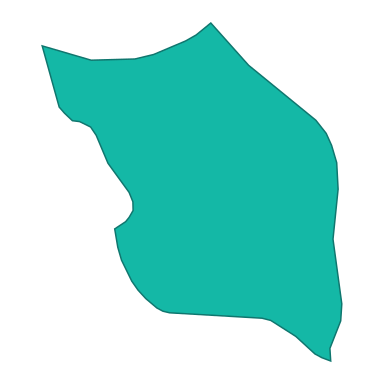 an SVG outline of Vĩnh Phúc
{"feature_id": "VNM-464", "entity_name": "Vĩnh Phúc", "entity_type": "Province", "adm_level": 1, "iso_a3": "VNM", "parent_name": "Vietnam", "parent_adm1": "", "projection": "natural_earth1", "projection_center": [105.546, 21.324], "detail": "fine", "context": "isolated", "style": "filled", "palette": "teal", "viewbox_px": 384, "rotation_deg": 0, "n_neighbors": 0, "source": "natural_earth", "source_scale": "10m", "svg_char_len": 668}
<svg xmlns="http://www.w3.org/2000/svg" viewBox="0 0 384 384"><path d="M114.7,228.9L119.1,226.0L125.6,221.7L129.1,217.4L133.1,210.5L132.9,201.8L129.1,192.4L108.0,163.3L96.2,135.3L90.6,127.0L79.6,121.6L72.4,120.7L64.6,113.3L59.2,107.1L42.2,45.9L91.2,60.2L134.8,59.0L153.6,54.5L185.5,41.0L196.1,35.0L210.8,23.0L248.6,65.3L315.9,120.3L326.2,133.4L331.6,145.4L336.7,162.7L338.1,189.2L333.0,239.2L341.8,303.9L340.7,320.9L329.9,348.4L330.7,361.0L321.9,357.7L315.0,354.0L295.8,336.4L270.7,320.4L262.0,318.2L169.6,312.8L162.9,311.2L156.9,308.0L145.8,298.6L138.1,290.2L131.8,281.2L121.5,260.1L117.8,247.3L114.7,228.9Z" fill="#14b8a6" stroke="#0f766e" stroke-width="1.5"/></svg>